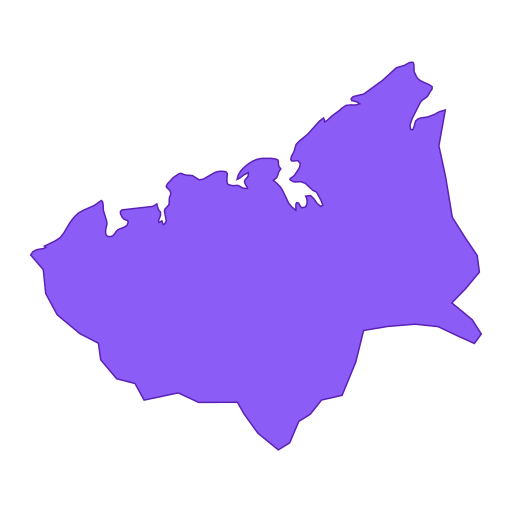 SVG path tracing the border of Boeny
{"feature_id": "MDG-5870", "entity_name": "Boeny", "entity_type": "Autonomous Province", "adm_level": 1, "iso_a3": "MDG", "parent_name": "Madagascar", "parent_adm1": "", "projection": "orthographic", "projection_center": [46.116, -16.217], "detail": "fine", "context": "isolated", "style": "filled", "palette": "violet", "viewbox_px": 512, "rotation_deg": 0, "n_neighbors": 0, "source": "natural_earth", "source_scale": "10m", "svg_char_len": 3219}
<svg xmlns="http://www.w3.org/2000/svg" viewBox="0 0 512 512"><path d="M30.7,255.0L31.8,253.2L33.2,251.6L35.7,250.1L38.2,249.4L43.5,248.5L45.9,247.4L44.4,246.1L55.0,241.0L60.2,237.6L63.8,233.0L70.0,222.5L74.0,217.3L78.1,213.3L83.0,210.4L94.2,205.5L101.3,200.5L102.6,201.7L103.1,204.4L103.4,210.4L106.6,221.0L106.8,221.9L106.9,223.7L106.8,225.0L105.8,228.9L105.6,232.1L105.9,234.6L107.2,236.2L110.1,236.7L112.9,235.8L114.7,233.7L116.2,231.3L118.2,229.5L124.4,227.1L127.0,225.3L128.2,222.3L127.7,220.6L124.1,219.3L122.0,217.0L120.5,213.8L120.4,211.4L122.0,209.9L151.8,206.5L153.1,206.2L154.4,205.5L156.8,203.9L158.2,209.2L159.6,211.2L160.3,211.7L160.5,212.4L160.6,215.1L158.6,220.6L158.8,222.5L161.9,220.9L163.2,224.6L164.5,224.1L166.3,220.9L164.4,211.1L165.0,209.0L167.9,206.0L169.3,203.9L169.1,203.4L169.3,198.6L169.6,196.9L170.3,195.5L170.7,194.1L170.6,192.1L169.2,189.7L167.2,188.1L166.2,186.4L167.5,183.8L173.3,177.5L179.4,173.5L181.3,173.4L184.3,174.6L187.0,175.3L189.8,175.3L192.5,175.6L199.1,179.8L203.2,179.2L214.4,172.7L216.7,171.8L219.1,171.4L221.9,171.2L225.9,171.7L227.3,173.4L226.9,179.7L227.1,182.7L227.8,184.2L229.3,184.9L231.9,185.5L233.5,185.7L236.6,185.4L238.2,185.5L243.2,188.2L247.4,188.4L247.4,187.2L245.6,184.9L244.4,181.6L245.2,179.6L246.8,177.9L248.2,175.9L248.3,172.6L243.9,174.9L239.6,178.2L237.1,179.4L238.2,175.2L240.8,170.8L244.6,166.9L248.9,163.5L253.1,160.9L257.3,159.2L261.7,158.4L270.7,158.3L275.3,158.9L277.5,159.7L278.3,161.0L278.4,163.2L278.6,165.2L279.3,167.0L280.8,168.7L278.7,172.1L277.8,175.1L276.6,177.8L273.2,180.3L277.2,183.6L280.1,186.6L282.4,190.1L288.8,203.4L291.8,207.0L295.8,210.3L295.9,208.5L295.8,206.0L296.0,203.8L297.0,202.5L298.5,203.0L300.5,206.6L302.0,207.7L305.6,206.9L307.1,203.6L307.0,199.5L305.7,196.1L310.6,195.6L314.1,199.0L317.2,203.6L320.9,206.5L322.8,205.0L320.8,199.9L316.5,192.1L312.9,190.4L305.3,183.3L300.8,181.7L294.9,182.0L293.3,181.7L289.9,179.6L290.3,178.4L292.4,177.1L294.6,175.2L299.5,167.6L300.3,163.8L298.3,160.9L296.3,160.7L293.8,161.0L291.7,161.0L290.8,159.6L291.4,156.5L294.1,151.3L296.1,144.4L299.6,140.8L307.7,134.2L319.3,121.2L323.6,118.0L323.9,119.0L324.3,119.8L324.6,120.7L324.7,121.9L326.7,120.8L331.7,116.1L339.5,110.4L341.7,108.3L346.0,105.4L350.8,104.9L355.7,105.0L359.8,103.8L357.4,102.1L351.7,100.5L351.1,98.7L353.1,96.6L363.6,94.1L382.5,80.4L396.4,67.7L404.1,65.5L409.2,62.7L412.1,62.1L413.3,62.7L413.8,64.2L414.0,66.0L414.0,71.0L414.3,72.0L416.5,76.7L417.9,78.7L419.9,80.3L422.8,81.9L429.0,84.6L432.1,86.7L432.1,89.0L430.3,91.5L427.5,96.3L425.2,98.2L422.3,100.1L420.5,102.1L412.2,118.5L410.0,124.9L410.6,129.4L412.6,129.8L413.9,127.2L415.6,121.0L417.8,119.0L421.1,117.9L427.6,117.0L433.8,114.7L439.6,111.6L445.3,110.0L438.9,145.8L445.6,176.8L452.3,217.3L465.9,238.8L477.2,255.5L479.4,272.1L465.6,288.7L451.8,302.9L472.2,319.7L481.3,334.0L474.4,343.5L458.5,336.3L438.0,326.6L415.2,324.2L387.9,326.4L363.6,330.5L355.8,362.0L342.1,395.3L321.6,400.0L310.2,414.3L298.8,421.4L289.7,442.8L278.3,449.9L257.9,433.2L244.2,414.2L237.4,402.3L198.7,402.4L178.2,392.9L144.1,400.1L135.0,383.5L116.7,378.8L100.7,359.8L98.4,343.2L80.1,333.8L57.2,314.8L45.7,293.5L43.3,269.7L30.7,255.0Z" fill="#8b5cf6" stroke="#5b21b6" stroke-width="1.5"/></svg>